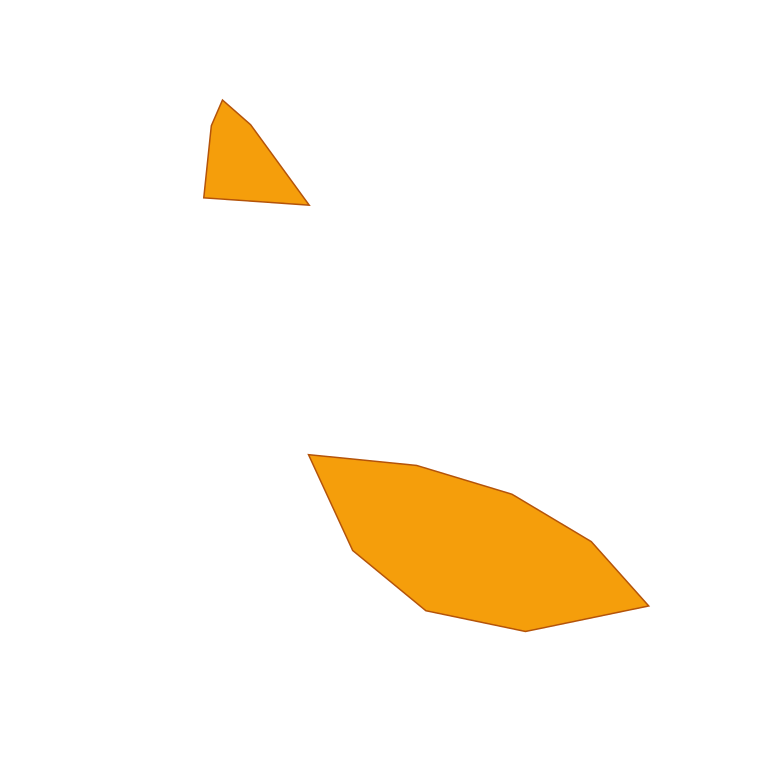 an SVG outline of Midway Islands, rotated 239°
{"feature_id": "UMI-5176", "entity_name": "Midway Islands", "entity_type": "state/province", "adm_level": 1, "iso_a3": "UMI", "parent_name": "United States Minor Outlying Islands", "parent_adm1": "", "projection": "equal_earth", "projection_center": [-177.354, 28.206], "detail": "fine", "context": "isolated", "style": "filled", "palette": "amber", "viewbox_px": 768, "rotation_deg": 239, "n_neighbors": 0, "source": "natural_earth", "source_scale": "10m", "svg_char_len": 350}
<svg xmlns="http://www.w3.org/2000/svg" viewBox="0 0 768 768"><g transform="rotate(239 384 384)"><path d="M362.3,282.9L297.4,370.0L223.6,436.9L142.1,480.5L57.4,496.6L99.0,377.8L168.1,303.1L257.4,271.4L362.3,282.9ZM636.4,325.4L694.3,369.0L710.6,391.8L674.9,403.2L575.8,412.0L636.4,325.4Z" fill="#f59e0b" stroke="#b45309" stroke-width="1.5"/></g></svg>